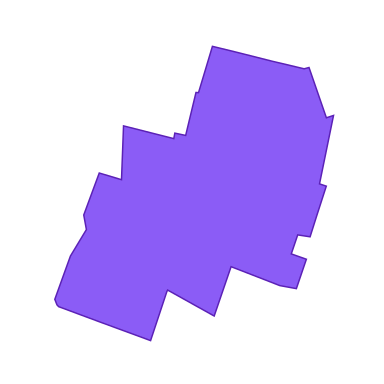 the district of Washington, Vermont, United States of America, rotated 172°
{"feature_id": "52423323B84121936183506", "entity_name": "Washington", "entity_type": "district", "adm_level": 2, "iso_a3": "USA", "parent_name": "United States of America", "parent_adm1": "Vermont", "projection": "orthographic", "projection_center": [-72.628, 44.26], "detail": "fine", "context": "isolated", "style": "filled", "palette": "violet", "viewbox_px": 384, "rotation_deg": 172, "n_neighbors": 0, "source": "geoboundaries", "source_scale": "gbopen_adm2", "svg_char_len": 594}
<svg xmlns="http://www.w3.org/2000/svg" viewBox="0 0 384 384"><g transform="rotate(172 192 192)"><path d="M41.2,248.1L48.6,246.8L58.8,299.0L63.8,298.4L94.8,310.5L127.4,323.8L151.5,333.4L171.7,289.5L174.2,290.0L190.4,248.9L200.8,252.7L202.6,247.4L250.6,267.0L260.1,214.0L281.2,223.7L302.4,184.3L301.8,169.5L321.3,145.5L342.8,104.8L341.4,99.0L340.0,97.0L300.0,75.4L253.7,50.6L230.8,96.8L229.8,98.3L187.3,66.1L163.7,112.6L118.1,87.1L102.1,81.8L88.1,109.5L102.3,116.9L93.3,134.8L81.3,131.2L71.6,151.5L58.2,179.1L64.6,182.3L41.2,248.1Z" fill="#8b5cf6" stroke="#5b21b6" stroke-width="1.5"/></g></svg>